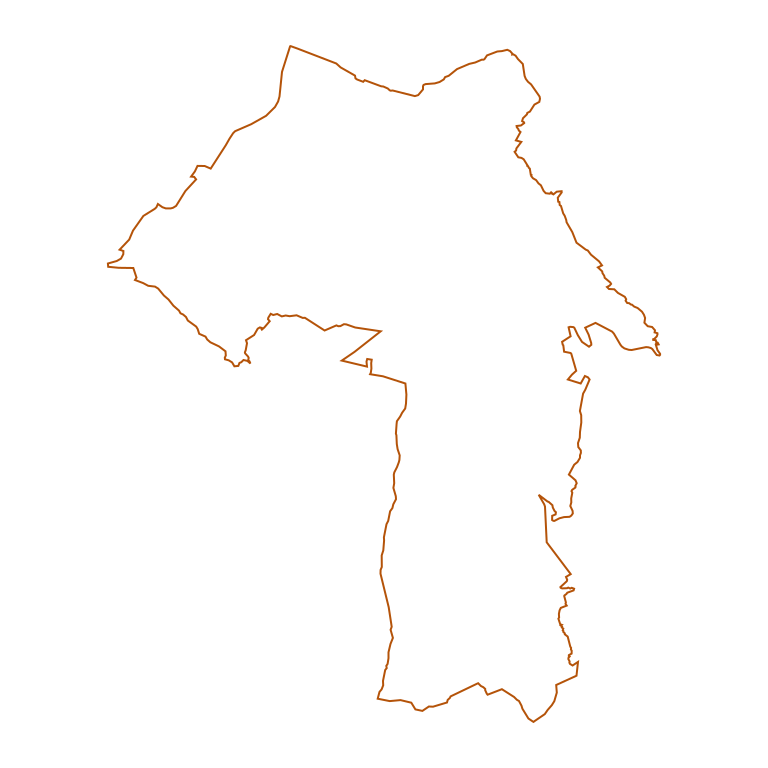 the district of Moraresti, Arges, Romania
{"feature_id": "2599482B44470613349650", "entity_name": "Moraresti", "entity_type": "district", "adm_level": 2, "iso_a3": "ROU", "parent_name": "Romania", "parent_adm1": "Arges", "projection": "equal_earth", "projection_center": [24.544, 44.995], "detail": "fine", "context": "isolated", "style": "outline", "palette": "amber", "viewbox_px": 768, "rotation_deg": 0, "n_neighbors": 0, "source": "geoboundaries", "source_scale": "gbopen_adm2", "svg_char_len": 6063}
<svg xmlns="http://www.w3.org/2000/svg" viewBox="0 0 768 768"><path d="M578.0,661.9L572.6,665.5L570.0,663.9L569.4,662.7L569.6,661.4L568.4,659.2L568.4,658.0L569.6,656.5L568.8,656.0L568.9,655.1L571.6,653.6L571.7,650.7L570.9,649.4L571.1,647.9L570.3,646.7L567.7,636.6L564.8,634.3L564.8,633.3L563.3,631.9L563.4,631.0L562.7,630.3L563.3,628.6L561.8,627.5L562.1,626.6L560.7,625.5L561.7,624.8L560.2,624.2L558.4,618.7L559.1,617.5L558.9,613.9L559.6,610.3L560.8,607.9L566.7,605.6L565.5,603.8L565.9,602.4L564.2,596.0L564.5,595.4L566.4,594.0L567.3,592.7L573.6,590.4L574.1,588.7L571.7,587.8L570.2,588.5L568.2,587.6L567.1,588.2L562.1,588.4L560.7,587.8L560.4,587.1L566.8,581.2L567.2,579.8L566.0,576.9L570.7,574.1L546.7,542.3L545.0,506.6L544.2,504.3L538.7,494.8L547.5,501.5L548.7,501.9L552.4,505.2L552.8,507.5L554.5,510.9L555.9,512.2L555.6,514.4L552.2,515.8L552.1,520.0L553.3,520.8L554.4,520.9L559.4,518.3L564.0,517.1L569.6,516.8L571.3,515.6L572.8,513.5L572.6,510.9L570.3,506.0L571.3,502.4L571.2,498.5L572.3,492.7L571.5,491.1L572.2,489.8L575.3,487.6L575.6,486.8L575.3,486.0L576.7,483.2L575.5,480.3L568.9,474.6L574.2,464.7L577.5,462.0L580.0,457.8L580.0,455.3L580.9,452.9L580.8,450.4L578.3,447.1L578.0,443.1L579.8,437.7L580.0,432.0L581.3,422.5L581.2,415.2L579.9,411.0L583.1,393.6L585.3,389.7L589.6,379.5L587.9,377.3L584.9,376.0L580.7,383.5L567.9,379.5L572.0,374.6L576.2,370.8L571.3,353.8L570.6,353.0L564.1,351.7L563.3,345.3L562.7,344.7L562.1,341.8L570.6,336.3L568.6,327.3L570.1,326.8L573.3,327.1L574.3,327.7L577.8,335.1L582.0,341.9L589.0,346.7L591.3,344.8L591.2,343.0L588.6,334.6L585.2,327.7L595.5,322.9L612.1,331.6L613.9,333.6L620.4,344.7L621.8,346.5L624.4,348.4L628.8,349.8L631.7,350.0L646.1,347.1L648.3,347.3L650.8,348.0L652.3,349.0L656.7,355.0L659.5,355.5L660.1,354.8L660.1,353.8L657.5,350.2L655.7,344.3L656.3,343.3L657.5,344.6L658.6,344.4L657.7,342.7L656.2,342.0L655.8,340.2L653.2,339.9L653.2,339.2L654.3,338.9L656.8,336.4L657.5,334.3L657.4,333.2L654.6,332.4L655.0,330.3L652.1,327.0L647.7,326.2L644.4,322.7L645.1,318.0L643.9,314.7L642.0,311.7L637.6,308.0L634.2,306.6L632.0,304.7L630.8,304.5L629.2,303.2L627.2,303.0L625.6,300.7L626.2,299.2L624.8,296.8L617.9,292.9L614.3,289.3L609.0,289.0L607.0,287.0L609.6,285.6L611.1,283.9L610.3,282.5L604.7,277.8L604.2,275.7L602.5,273.2L602.2,271.4L597.9,267.4L602.0,265.4L599.1,261.4L591.0,254.7L587.8,250.5L585.7,249.6L576.5,242.7L572.3,232.1L566.6,222.3L566.2,219.9L564.7,215.8L563.2,213.4L561.0,206.0L559.7,205.0L559.4,202.0L558.2,201.7L557.8,197.7L561.7,192.4L561.6,191.2L556.7,191.7L553.4,194.4L551.7,193.5L552.0,193.1L551.1,192.3L549.8,193.7L545.7,193.2L543.6,190.9L540.9,185.3L538.5,183.4L536.1,180.1L533.0,178.3L531.3,176.2L531.5,175.0L530.8,174.8L529.8,168.6L528.8,167.8L528.1,166.2L527.2,165.8L527.3,165.1L523.7,159.3L521.5,157.9L518.3,157.3L514.6,151.8L516.1,150.5L516.4,148.4L521.3,141.9L515.9,140.4L520.5,132.0L518.8,130.5L518.4,129.2L516.8,127.2L516.6,126.0L520.9,125.5L524.2,123.1L524.1,122.4L522.1,121.1L523.0,118.2L526.9,114.4L527.3,112.9L529.9,111.6L534.4,104.6L539.3,101.9L540.0,98.8L539.6,96.6L531.1,84.4L528.0,81.8L525.8,78.9L524.6,75.9L522.8,64.0L517.9,59.0L515.6,55.7L513.0,54.2L512.2,54.5L512.2,53.5L510.1,51.1L507.3,49.8L501.9,51.1L497.3,51.5L487.0,55.4L484.5,59.1L483.6,59.7L481.7,59.7L475.2,62.5L469.2,63.9L457.0,69.1L448.7,75.8L445.1,77.1L443.8,79.4L439.6,82.0L434.8,83.4L425.6,84.1L423.6,84.9L423.0,86.2L423.0,89.4L418.2,95.1L414.9,96.1L392.7,90.5L390.7,90.7L389.7,90.3L387.8,88.5L383.3,86.5L381.2,86.3L364.7,80.2L363.2,81.8L357.1,79.5L355.5,78.4L355.0,75.6L340.6,67.4L336.3,63.5L297.8,48.7L290.6,46.1L290.1,46.3L282.0,71.9L279.5,96.5L278.1,101.5L275.0,107.0L266.1,115.8L251.2,124.2L235.1,131.2L233.1,133.2L229.5,138.7L225.8,145.2L210.7,168.6L204.7,166.0L197.5,165.9L194.9,171.4L191.1,176.6L194.2,176.9L196.1,179.4L185.4,191.0L176.1,205.9L173.0,207.8L170.7,208.4L165.8,208.4L162.4,207.2L157.9,204.0L156.4,207.3L154.8,208.8L143.4,215.9L133.0,230.6L129.2,239.6L119.6,249.7L123.4,251.0L123.3,254.2L121.0,258.6L116.8,261.0L107.9,263.5L108.2,266.8L118.7,267.8L133.3,268.0L136.5,277.6L135.0,280.0L143.2,283.1L148.2,285.8L155.0,286.6L158.2,288.6L163.9,295.5L168.5,299.5L173.4,305.7L179.0,310.6L180.5,313.3L183.1,314.5L186.0,317.0L187.8,320.5L196.2,326.6L197.7,329.1L199.2,333.8L205.5,336.6L207.2,339.5L210.4,342.3L219.0,346.4L225.5,351.3L225.8,355.5L224.8,357.7L225.0,359.3L228.7,360.3L232.1,362.4L234.4,366.3L238.3,365.9L239.5,362.9L241.3,362.2L243.5,360.0L247.4,360.9L250.4,363.5L249.5,361.3L248.7,360.6L248.3,359.5L248.7,358.0L248.1,356.6L245.1,353.3L244.9,352.3L245.7,350.3L247.0,343.2L246.0,340.2L254.1,335.0L257.7,328.7L259.9,327.4L261.6,327.9L261.4,328.8L261.9,329.6L264.3,327.5L269.7,321.2L268.0,319.2L268.3,317.7L270.7,313.8L273.2,315.0L277.2,314.0L281.8,316.4L285.7,315.5L289.6,316.2L296.6,315.3L302.7,317.9L304.9,317.8L324.6,330.5L336.4,325.4L338.3,326.2L340.4,326.1L343.9,324.2L346.3,324.4L355.2,327.5L380.7,331.3L354.5,351.9L341.8,360.6L367.0,366.6L366.5,361.6L367.2,359.0L371.7,359.7L371.2,363.1L371.4,368.6L370.8,372.8L370.1,374.2L383.0,376.3L405.4,383.5L406.4,394.6L406.0,403.6L405.2,408.5L402.1,412.8L400.2,416.5L396.9,421.2L396.6,423.9L395.9,433.7L396.4,435.2L396.8,444.0L397.6,449.1L399.7,455.4L399.4,460.0L398.8,462.3L397.0,467.1L394.3,472.4L393.8,474.7L394.2,483.2L393.4,487.9L395.8,496.2L396.0,499.2L393.3,504.3L392.4,508.1L390.1,511.3L388.2,520.9L386.5,524.2L383.9,537.4L384.1,540.4L383.3,550.4L381.7,555.4L381.8,567.0L380.6,569.9L380.5,573.7L388.7,607.2L391.7,626.8L390.6,629.8L392.9,637.9L390.5,643.9L388.5,652.3L388.5,658.2L387.6,663.9L386.3,665.9L386.7,668.1L385.2,670.0L383.0,680.9L383.2,685.3L381.6,689.4L379.5,691.9L377.7,698.7L389.7,701.1L400.5,700.1L411.3,702.7L415.4,709.4L422.4,710.9L428.9,706.5L433.0,706.7L447.0,702.5L447.7,699.9L449.8,698.0L450.6,696.4L478.1,683.2L480.9,686.0L483.3,687.2L485.2,688.9L485.2,690.2L486.8,693.7L487.6,694.7L501.9,689.2L514.1,697.0L516.9,699.8L519.0,701.0L521.5,705.7L522.4,708.7L528.4,718.5L533.4,721.9L544.8,714.1L547.7,709.9L551.8,705.2L554.3,701.2L556.8,692.6L556.2,685.0L576.5,675.7L578.0,661.9Z" fill="none" stroke="#b45309" stroke-width="2"/></svg>